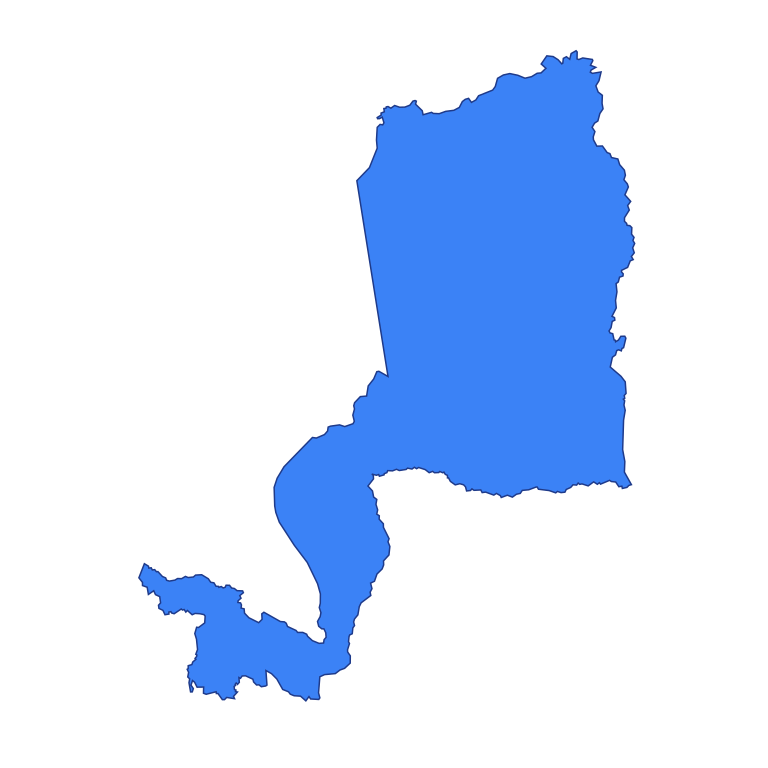 the district of Ipiales, Nariño, Colombia, rotated 262°
{"feature_id": "7082276B52108893597118", "entity_name": "Ipiales", "entity_type": "district", "adm_level": 2, "iso_a3": "COL", "parent_name": "Colombia", "parent_adm1": "Nariño", "projection": "orthographic", "projection_center": [-77.531, 0.632], "detail": "fine", "context": "isolated", "style": "filled", "palette": "blue", "viewbox_px": 768, "rotation_deg": 262, "n_neighbors": 0, "source": "geoboundaries", "source_scale": "gbopen_adm2", "svg_char_len": 6154}
<svg xmlns="http://www.w3.org/2000/svg" viewBox="0 0 768 768"><g transform="rotate(262 384 384)"><path d="M226.2,114.3L221.2,117.2L218.0,116.8L215.7,121.2L208.4,121.4L211.3,127.2L207.2,128.4L204.7,132.3L198.3,132.3L196.3,129.9L193.1,129.9L190.6,133.6L186.0,135.0L186.1,139.0L188.1,139.2L188.2,141.3L186.8,141.8L185.7,144.2L189.4,151.9L188.2,153.0L188.5,154.7L185.7,156.0L187.1,157.8L182.2,161.9L183.1,165.0L182.1,169.8L180.7,173.6L179.0,174.6L172.4,173.2L168.7,166.5L169.2,164.6L163.2,161.9L157.4,162.8L147.0,162.4L142.5,160.0L141.7,161.0L140.2,160.5L138.6,158.7L137.6,159.4L135.3,155.9L132.9,154.7L132.3,150.9L129.4,150.5L128.9,149.4L125.7,150.4L121.2,148.9L119.1,150.5L115.3,149.3L106.0,149.6L105.8,151.3L108.9,152.8L112.7,151.0L117.0,153.1L115.1,154.9L109.8,156.7L109.0,163.2L102.9,162.2L101.5,164.7L102.6,174.9L100.8,174.9L100.6,176.5L93.9,180.0L93.6,182.1L95.5,184.6L93.2,192.2L95.6,191.5L99.4,196.0L100.1,194.1L101.5,194.8L102.2,193.4L105.4,193.5L106.2,195.1L107.3,194.8L108.5,196.0L106.9,197.1L108.7,199.2L113.5,199.5L112.5,200.9L114.6,202.9L114.3,206.3L109.9,213.1L107.1,213.4L103.7,215.9L103.5,218.3L101.3,220.4L101.4,224.8L102.1,226.2L116.7,227.2L112.8,232.3L106.8,236.8L95.6,241.2L92.5,246.6L89.9,248.0L87.8,251.6L86.5,257.9L81.1,262.5L84.9,266.2L82.3,267.5L80.7,275.5L82.1,276.8L87.3,276.2L103.0,279.7L104.5,284.7L104.0,295.5L106.9,300.6L107.9,305.4L112.3,311.7L119.5,312.8L123.7,310.7L125.9,310.9L131.8,313.7L133.7,313.0L138.7,314.2L140.3,315.1L141.1,317.8L146.8,319.2L148.9,321.2L152.6,320.8L155.4,322.1L159.0,326.0L166.9,328.5L170.5,330.9L176.4,341.5L179.8,341.3L183.0,343.6L188.7,343.0L190.0,347.1L196.8,350.6L201.1,356.4L204.9,358.5L208.9,358.9L214.0,365.1L222.3,367.2L227.2,366.0L230.1,367.5L242.1,363.5L245.7,363.9L250.8,360.4L254.2,361.0L256.2,358.7L260.2,360.2L266.0,359.3L270.7,360.8L273.5,358.0L279.7,357.7L285.2,353.9L291.5,360.4L295.1,360.7L296.5,359.4L294.7,363.8L295.1,366.1L293.3,366.6L294.0,371.4L295.2,371.8L295.8,374.5L297.7,375.6L296.8,380.4L297.8,384.5L296.2,387.1L296.3,394.0L297.4,395.6L295.9,399.9L297.3,402.5L295.6,404.5L296.5,406.7L293.5,412.9L289.9,416.4L290.7,420.1L289.1,421.6L288.7,425.9L289.6,427.0L287.9,429.9L288.4,431.1L286.0,432.1L284.7,434.1L282.2,433.8L282.1,434.8L278.3,436.2L274.2,440.5L274.7,445.2L273.1,448.8L270.8,450.4L266.6,450.9L266.5,454.8L267.9,456.5L266.2,458.3L265.6,465.1L262.8,466.1L262.8,469.6L258.7,477.3L260.0,480.1L257.3,483.7L255.3,484.3L256.7,490.7L254.1,495.4L256.4,499.8L256.7,503.7L259.4,506.1L259.1,512.6L260.8,520.3L260.6,521.4L258.3,522.3L255.5,532.7L252.3,538.9L253.5,540.8L251.8,544.2L251.7,548.1L254.2,549.8L255.6,554.5L257.9,557.2L257.1,560.7L258.9,562.5L257.4,563.8L257.5,566.2L254.7,572.0L257.9,578.0L255.0,581.3L256.3,583.6L254.7,584.5L257.2,594.0L255.8,595.5L254.7,599.8L249.6,602.3L249.7,605.3L247.4,605.5L247.8,610.2L249.5,612.4L249.9,615.0L263.3,609.8L273.7,611.7L285.8,611.2L314.8,616.2L324.4,619.2L329.8,618.7L333.9,620.0L335.7,618.9L336.3,620.4L339.2,620.3L341.0,622.4L352.6,623.2L358.6,619.8L369.3,610.4L378.7,613.9L380.6,617.3L384.7,619.1L385.2,621.1L383.8,623.6L386.1,624.6L386.6,626.3L395.7,629.9L397.8,629.1L398.3,625.2L394.9,622.3L393.6,619.2L395.1,619.2L395.6,618.0L402.0,617.5L403.1,615.0L405.2,614.2L408.2,616.7L414.2,618.7L415.1,621.5L417.7,621.5L419.3,619.2L427.0,624.6L434.5,624.9L442.8,627.5L451.1,627.8L452.4,630.2L457.0,632.1L457.7,635.7L459.8,636.2L461.9,634.8L463.5,635.1L465.6,641.5L471.7,645.0L472.5,648.1L475.8,646.7L479.1,650.1L484.2,649.2L488.3,651.8L491.5,650.5L494.4,652.0L497.9,650.0L504.4,651.2L506.6,649.5L507.3,646.8L509.3,646.6L511.6,644.8L515.2,645.3L522.1,651.1L526.8,650.1L530.5,653.7L537.8,648.9L545.1,653.4L548.3,652.8L552.9,650.0L557.1,652.1L562.3,651.8L568.4,647.9L574.3,646.9L576.6,640.8L580.7,639.8L582.1,637.2L589.3,633.4L589.9,627.9L596.7,625.4L599.6,625.6L604.6,628.0L609.2,625.8L613.0,628.8L614.7,632.4L621.8,635.4L626.0,639.2L631.6,639.0L639.5,640.4L643.3,636.7L649.8,635.3L654.4,639.1L662.8,642.4L662.6,633.7L664.0,631.7L666.0,632.7L668.1,637.8L670.9,632.8L675.1,635.8L676.4,635.5L679.2,626.2L678.2,622.1L679.0,620.4L685.9,621.5L687.3,620.6L685.2,615.3L679.7,613.1L682.7,610.2L681.5,606.9L676.8,605.7L676.3,604.6L680.9,601.5L684.7,597.1L686.3,590.9L679.0,584.2L674.1,588.3L670.2,582.8L670.4,578.9L667.8,572.9L667.2,566.2L671.1,559.5L673.9,551.8L673.4,545.2L670.9,539.0L663.1,535.6L659.9,532.5L656.3,517.8L652.5,514.5L650.7,509.8L655.1,507.5L654.6,504.1L652.8,500.9L647.4,497.1L645.3,491.3L645.4,483.0L644.0,476.3L645.1,470.4L646.4,468.9L645.2,460.2L649.3,459.9L656.7,454.2L659.6,455.4L660.4,454.2L660.1,452.0L656.5,448.4L655.3,443.2L655.9,438.0L658.3,433.3L656.2,429.2L658.2,426.6L658.1,424.8L656.8,424.3L656.8,422.2L653.5,422.2L652.7,418.8L650.7,418.6L648.8,414.3L647.6,414.6L647.4,416.5L648.5,419.4L642.7,420.3L640.8,418.8L641.6,416.3L639.1,413.0L626.6,410.5L618.5,410.1L600.3,399.7L589.1,385.4L390.9,389.0L397.3,380.7L397.2,378.6L390.4,374.5L384.3,368.1L374.5,365.1L374.8,358.8L369.6,352.3L366.7,351.0L363.4,351.3L357.5,348.8L351.2,349.4L349.0,347.8L347.3,339.2L349.7,334.3L349.7,325.1L349.1,322.7L345.3,321.6L342.2,318.0L339.9,309.5L341.0,305.7L316.0,273.5L305.6,265.1L296.9,260.8L278.4,258.8L271.9,259.0L261.7,261.1L236.8,272.7L217.9,283.2L195.5,290.4L185.0,291.8L175.7,290.4L171.6,288.8L166.3,289.7L162.5,288.4L158.1,285.1L153.2,285.6L150.2,288.3L149.9,290.4L145.8,291.7L141.2,291.4L139.2,289.1L135.9,288.1L136.2,283.6L139.8,277.4L144.8,273.2L147.0,272.6L149.3,269.0L150.0,263.9L152.2,262.6L157.3,254.7L160.7,253.9L162.3,252.3L163.2,248.3L174.7,233.3L173.4,231.0L167.9,230.5L165.1,226.7L171.3,217.7L176.5,214.0L180.8,214.2L182.0,211.3L185.0,212.1L187.2,211.5L188.0,208.9L189.7,209.4L191.8,212.6L194.5,211.7L196.9,215.7L198.8,215.2L199.8,209.7L202.3,207.4L203.2,204.7L206.2,203.0L206.7,199.6L204.8,198.4L204.4,196.4L206.1,194.6L205.6,192.2L206.6,192.0L207.1,189.5L210.8,187.9L211.8,184.8L215.6,182.9L220.5,176.9L221.0,170.8L219.4,168.4L219.6,163.1L221.1,160.6L219.4,156.5L220.1,152.5L218.9,149.7L218.7,144.0L219.9,141.4L222.4,140.8L224.2,137.8L229.7,134.0L229.8,132.5L232.1,131.1L232.1,128.7L234.4,127.9L234.4,125.5L236.4,125.4L239.4,121.7L226.2,114.3Z" fill="#3b82f6" stroke="#1e3a8a" stroke-width="1.5"/></g></svg>